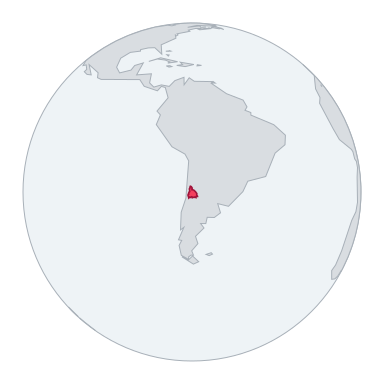 San Juan on an orthographic globe
{"feature_id": "ARG-1273", "entity_name": "San Juan", "entity_type": "Province", "adm_level": 1, "iso_a3": "ARG", "parent_name": "Argentina", "parent_adm1": "", "projection": "orthographic", "projection_center": [-68.983, -30.369], "detail": "fine", "context": "on_globe", "style": "filled", "palette": "rose", "viewbox_px": 384, "rotation_deg": 0, "n_neighbors": 0, "source": "natural_earth", "source_scale": "10m", "svg_char_len": 5268}
<svg xmlns="http://www.w3.org/2000/svg" viewBox="0 0 384 384"><circle cx="192" cy="192" r="169" fill="#eef3f6" stroke="#a8b0b8"/><path d="M155.4,27.0L155.7,27.0L169.8,24.9L169.0,25.4L171.9,25.8L174.8,25.1L173.6,24.6L179.7,23.7L177.5,23.7L178.6,23.6L191.4,23.0L191.5,23.1L194.1,23.1L196.9,23.1L199.5,23.2L203.7,23.7L215.1,25.4L215.9,25.9L208.8,26.0L196.9,25.4L187.7,27.3L199.6,25.9L201.2,27.8L203.9,28.3L207.3,28.4L209.0,27.8L210.8,28.6L199.7,29.8L197.9,29.0L201.4,28.5L195.8,28.4L188.4,30.1L189.8,31.3L177.1,33.8L178.0,34.9L175.7,36.3L175.2,34.3L175.9,38.2L161.2,44.8L161.8,54.2L154.8,47.7L148.4,47.9L140.6,49.6L140.5,51.1L130.3,52.4L120.7,58.2L116.6,67.2L119.6,72.9L131.0,70.1L134.7,65.5L143.3,62.9L136.6,74.9L151.4,73.8L149.6,82.9L153.8,87.1L161.4,84.9L169.2,86.4L174.9,80.6L184.0,77.3L184.1,84.8L189.2,77.8L194.3,81.3L212.5,81.6L211.1,83.2L226.5,93.7L243.1,100.1L247.0,106.9L245.0,110.3L250.8,112.5L250.9,115.1L273.8,124.7L285.4,135.2L285.0,144.7L275.1,153.1L265.7,176.5L247.8,181.2L242.9,191.6L228.5,206.3L217.7,203.6L220.5,212.8L214.3,217.5L207.2,217.3L205.8,223.6L200.6,223.5L204.0,228.0L195.5,236.3L197.9,243.6L191.7,250.8L193.5,255.2L191.1,255.1L188.7,256.8L188.5,259.3L181.3,255.3L179.1,245.4L181.7,240.4L178.5,239.8L183.9,227.3L180.5,229.9L181.2,212.2L185.9,198.1L188.7,160.9L185.0,154.1L172.0,146.8L156.3,124.6L160.4,114.9L157.0,111.1L168.1,97.8L165.3,87.5L161.4,86.4L157.4,90.8L144.2,86.3L139.8,79.6L101.1,79.4L97.5,77.7L98.1,72.7L89.1,64.6L91.2,74.9L87.0,74.4L84.3,71.7L86.7,69.4L86.2,64.9L83.0,65.6L85.9,60.7L91.8,56.0L103.5,48.1L115.7,41.2L128.6,35.4L141.8,30.7L155.4,27.0ZM160.7,57.8L177.6,61.7L167.8,63.1L169.7,61.9L165.4,60.1L157.4,59.0L148.8,61.4L160.7,57.8ZM168.8,51.3L165.8,51.2L168.8,50.9L168.8,51.3ZM193.4,264.1L181.9,256.8L188.3,260.0L192.6,256.0L198.7,261.7L193.4,264.1ZM206.1,254.4L211.2,252.7L212.5,254.1L209.2,255.6L206.1,254.4ZM315.2,76.4L314.5,75.7L309.2,70.5L302.8,64.4L315.2,76.4ZM343.0,267.7L341.3,271.0L341.1,270.7L337.8,276.0L334.8,278.9L331.7,279.3L331.7,270.5L335.6,265.0L341.7,250.7L351.7,220.5L355.9,211.7L357.5,202.3L357.1,176.8L357.5,167.6L356.4,161.4L354.7,158.9L352.9,151.7L351.4,149.4L339.4,139.6L333.1,128.7L319.6,103.3L320.0,97.6L315.6,88.9L314.2,75.4L317.2,78.5L324.9,87.7L331.9,97.3L338.3,107.4L343.9,117.9L348.7,128.9L352.8,140.1L356.0,151.6L358.5,163.2L360.1,175.1L360.9,187.0L360.8,198.9L359.9,210.8L358.2,222.6L355.6,234.3L352.2,245.7L348.0,256.9L343.0,267.7ZM320.6,84.6L322.0,86.8L320.6,84.6ZM213.1,81.5L215.3,83.1L212.4,83.0L213.1,81.5ZM166.3,65.9L169.9,65.7L171.8,66.6L169.0,67.1L166.3,65.9ZM197.3,64.7L201.5,65.4L197.0,65.9L197.3,64.7ZM180.3,62.2L193.9,64.5L185.2,66.6L176.7,65.4L182.6,64.6L180.3,62.2ZM166.8,54.7L169.1,55.0L168.3,56.1L166.8,54.7ZM170.9,51.1L170.0,51.3L169.0,50.5L170.9,51.1ZM201.8,27.7L202.8,27.7L206.1,27.9L204.5,28.2L201.8,27.7ZM221.3,28.2L223.8,29.6L220.9,28.5L219.1,28.8L210.8,27.4L215.8,26.1L215.0,26.8L221.3,28.2ZM201.1,25.6L205.8,26.3L200.5,25.7L201.1,25.6ZM80.3,318.8L79.5,317.8L84.4,321.9L90.6,326.8L95.5,330.6L80.3,318.8ZM70.5,309.4L70.7,309.6L68.5,307.0L78.4,316.7L76.1,314.9L71.7,310.6L71.5,310.4L70.5,309.4Z" fill="#d9dde1" stroke="#a8b0b8" stroke-width="1"/><path d="M189.5,191.2L189.6,190.9L189.6,190.7L189.6,190.3L189.6,190.1L189.5,189.9L189.5,189.7L189.4,189.4L189.3,189.2L189.3,188.9L189.4,188.7L189.5,188.5L189.6,188.4L189.8,188.4L189.9,188.2L189.9,187.9L189.9,187.7L190.0,187.7L190.1,187.4L190.0,187.2L190.0,186.9L190.1,186.7L190.2,186.4L190.3,186.2L190.5,186.3L190.8,186.3L191.0,186.4L191.5,186.8L191.6,187.0L191.7,187.3L191.9,187.5L192.0,187.7L192.0,187.8L192.2,188.0L192.0,188.3L191.9,188.4L191.9,188.5L192.0,188.7L192.1,188.8L192.0,189.0L192.0,189.3L191.9,189.5L191.9,189.8L192.0,189.8L192.3,189.8L192.5,189.8L192.7,189.7L192.8,189.8L193.0,189.9L193.6,190.0L193.8,190.1L194.0,190.3L194.1,190.5L194.3,190.5L194.5,190.7L194.5,190.8L194.7,191.0L194.8,191.1L195.0,191.2L195.1,191.3L195.4,191.7L195.5,191.7L195.5,191.8L195.6,192.0L195.8,192.2L195.9,192.4L196.0,192.5L196.3,192.8L196.4,193.0L196.5,193.0L196.7,193.3L196.8,193.5L196.7,193.9L196.7,194.0L196.9,194.1L196.7,194.9L196.8,195.0L196.9,195.3L196.9,195.5L197.1,195.7L197.3,195.8L197.4,196.0L197.5,196.2L197.6,196.3L197.6,196.5L197.0,196.5L196.9,196.5L196.8,196.4L196.7,196.4L196.4,196.5L196.3,196.4L196.2,196.4L196.0,196.5L196.0,196.8L196.0,197.0L196.0,197.3L196.0,197.6L195.8,197.5L195.7,197.5L195.3,197.5L195.2,197.5L194.9,197.5L194.8,197.4L194.7,197.4L194.6,197.2L194.4,197.0L194.0,197.1L193.9,197.2L193.5,197.3L193.4,197.3L192.9,197.7L192.7,197.8L192.2,197.8L192.2,197.0L191.9,197.0L191.8,196.9L191.6,196.7L191.4,196.8L191.2,197.0L190.9,197.0L190.7,197.1L190.4,197.2L190.4,197.3L190.4,197.5L190.0,197.6L189.5,197.7L189.4,197.7L189.2,197.7L188.9,197.7L188.8,197.8L188.8,197.7L188.7,197.7L188.6,197.4L188.6,197.2L188.5,196.9L188.7,197.0L188.8,196.9L188.9,196.7L188.7,196.5L188.4,196.4L188.2,196.2L188.1,195.9L188.0,195.6L188.0,195.4L188.0,195.2L188.0,194.9L188.1,194.7L188.1,194.4L188.2,194.2L188.3,194.2L188.3,194.3L188.5,194.2L188.8,194.0L188.7,193.9L188.6,193.7L188.6,193.3L188.6,193.2L188.7,192.9L188.8,192.8L188.8,192.7L188.9,192.4L189.0,192.3L189.0,192.2L189.3,192.1L189.5,192.0L189.6,191.9L189.7,191.7L189.8,191.5L189.8,191.4L189.7,191.2L189.5,191.2Z" fill="#f43f5e" stroke="#9f1239" stroke-width="1.5"/></svg>